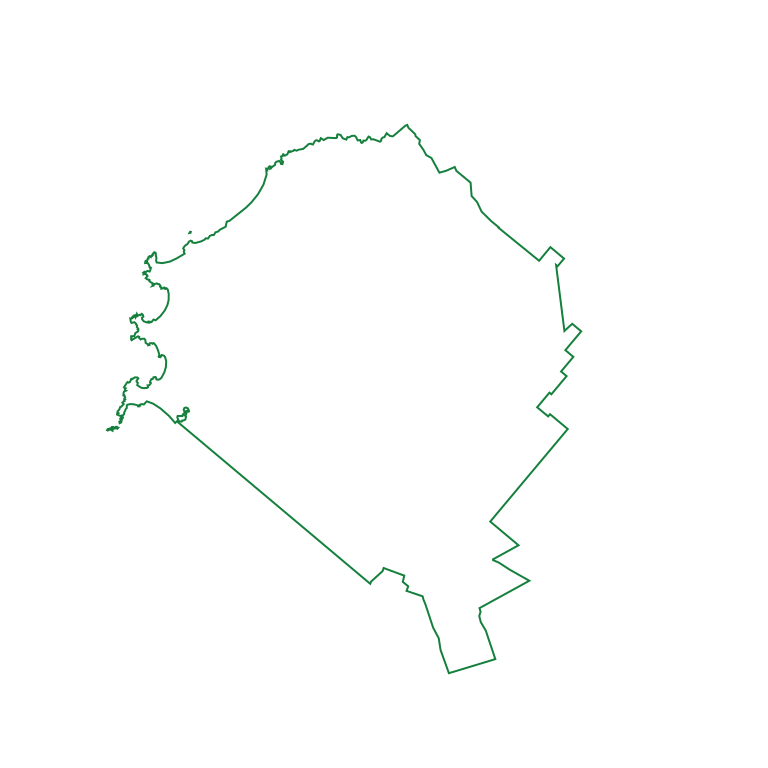 the district of Jerramungup, Western Australia, Australia, rotated 130°
{"feature_id": "25037944B23551861043119", "entity_name": "Jerramungup", "entity_type": "district", "adm_level": 2, "iso_a3": "AUS", "parent_name": "Australia", "parent_adm1": "Western Australia", "projection": "natural_earth1", "projection_center": [119.283, -34.031], "detail": "fine", "context": "isolated", "style": "outline", "palette": "green", "viewbox_px": 768, "rotation_deg": 130, "n_neighbors": 0, "source": "geoboundaries", "source_scale": "gbopen_adm2", "svg_char_len": 6171}
<svg xmlns="http://www.w3.org/2000/svg" viewBox="0 0 768 768"><g transform="rotate(130 384 384)"><path d="M295.9,611.6L299.1,608.5L308.7,604.5L319.7,602.5L330.0,602.3L337.7,603.1L358.5,607.3L360.7,608.8L365.3,606.4L371.3,608.9L373.9,609.1L376.1,610.6L379.3,610.1L380.5,611.7L382.7,612.6L385.7,612.3L387.0,614.2L389.1,614.3L392.7,616.0L397.4,619.3L398.8,621.8L398.0,623.0L398.5,624.3L400.3,624.9L403.4,624.5L405.1,625.2L407.8,625.3L409.3,624.9L409.7,623.0L411.4,622.4L412.3,620.5L420.9,623.5L427.9,626.7L433.9,631.5L437.0,636.2L436.2,637.7L433.3,639.7L432.7,640.9L431.0,642.4L431.1,643.2L430.4,643.3L429.8,644.0L430.3,643.8L430.6,644.4L431.2,643.8L431.3,644.3L432.2,644.8L433.2,644.7L433.6,644.0L434.4,644.5L435.1,644.0L435.6,644.6L436.6,644.2L436.7,645.7L437.9,646.1L439.2,645.0L439.8,645.6L442.4,644.3L442.4,645.5L443.4,645.7L444.9,644.7L443.9,643.6L443.0,643.5L443.8,640.6L445.1,638.7L444.8,637.6L445.5,637.7L445.5,637.0L446.7,636.3L448.5,635.8L449.4,637.9L451.2,638.4L451.9,639.6L453.6,640.0L453.7,639.1L454.5,638.7L452.7,637.6L452.9,635.8L453.2,636.0L453.6,634.5L456.1,634.6L456.1,632.8L455.0,630.9L455.1,630.3L455.9,630.2L456.1,628.9L455.5,625.5L456.6,625.3L456.8,624.4L457.7,624.4L456.6,623.7L455.4,624.3L453.0,622.7L452.8,621.2L452.0,620.3L452.4,618.7L453.2,618.3L452.9,617.7L453.5,617.1L453.3,616.0L454.0,615.8L453.0,614.8L451.4,614.5L451.2,614.0L451.9,613.0L451.7,612.5L450.6,612.4L450.4,611.7L450.7,610.2L453.6,606.6L458.2,602.9L462.9,600.6L468.7,599.2L475.6,598.9L482.0,599.9L482.8,602.0L486.0,601.9L486.9,603.5L487.6,603.0L488.2,603.5L488.5,604.1L488.0,604.8L489.3,605.3L490.4,608.3L489.9,610.9L488.7,612.0L487.1,611.6L486.0,613.3L486.0,614.7L487.7,614.8L487.7,615.3L488.6,616.0L490.5,616.6L490.2,617.2L490.6,617.4L492.7,617.1L492.0,618.1L492.6,618.0L492.5,618.7L493.2,618.8L492.2,619.5L492.6,619.8L495.5,619.4L495.5,619.9L497.0,619.7L497.1,620.2L499.0,618.1L499.5,616.7L497.1,614.9L497.3,612.4L497.8,612.0L497.9,610.7L499.2,610.0L499.6,607.9L500.6,607.8L500.5,606.8L501.9,606.2L504.7,607.2L507.9,606.1L509.9,608.4L510.4,608.1L510.2,607.6L512.4,606.5L512.7,605.5L505.6,603.1L505.2,601.8L506.2,601.1L506.3,599.0L504.8,598.4L503.4,596.7L503.7,595.2L505.7,593.0L505.4,590.4L506.0,589.6L504.9,588.7L504.2,589.5L503.2,589.5L502.0,588.1L502.0,587.2L500.8,586.9L500.7,586.0L501.4,582.8L503.6,578.5L506.3,574.5L507.7,574.4L508.0,573.7L507.2,572.5L504.7,572.9L503.7,570.7L504.0,569.1L506.6,565.4L511.2,562.0L516.1,559.8L522.3,558.5L524.6,558.9L526.1,560.0L526.8,561.3L525.7,562.7L525.5,563.6L527.1,564.9L527.7,564.4L529.1,564.5L529.7,565.3L531.9,564.9L533.2,564.3L533.1,563.2L533.5,563.0L535.8,563.0L537.0,564.2L538.1,562.7L539.3,563.0L541.6,565.3L542.9,567.5L543.5,572.3L541.3,573.4L541.2,575.1L540.4,575.6L537.7,575.8L537.5,577.0L539.0,579.1L542.3,580.1L542.1,580.5L542.7,580.9L545.6,579.9L547.0,580.4L547.3,581.7L547.8,581.8L553.6,581.1L553.8,580.2L553.4,579.2L554.4,579.3L555.2,578.2L555.0,577.4L556.9,578.3L558.0,577.9L560.0,576.5L559.4,576.0L559.9,574.9L560.3,574.9L560.7,573.6L562.1,573.5L562.2,572.3L563.5,572.7L564.0,571.8L564.6,572.3L566.5,572.4L566.7,570.5L570.4,570.7L571.1,571.3L574.1,570.3L576.0,570.6L576.8,570.0L576.9,568.8L578.1,569.5L579.0,568.9L577.9,565.2L576.4,564.5L576.1,563.7L573.9,563.8L573.3,564.5L569.1,565.7L567.8,565.6L565.5,567.4L564.5,567.0L562.4,565.4L560.1,562.1L558.7,558.9L559.2,557.9L558.8,557.3L557.9,557.0L558.0,557.6L557.1,557.9L555.0,556.6L554.1,554.8L549.8,554.6L547.5,548.4L546.4,539.5L546.6,528.4L548.1,518.9L543.8,518.5L542.3,521.0L541.1,521.5L538.1,517.8L536.7,518.5L534.0,518.2L532.4,521.0L530.6,521.5L529.3,520.6L528.7,518.5L529.9,516.3L530.5,516.6L530.6,514.9L531.1,517.7L532.8,518.3L533.6,518.0L533.6,517.6L532.1,518.0L531.9,517.2L534.9,515.9L536.1,516.4L536.3,514.7L538.9,513.3L540.8,514.1L541.6,515.1L542.9,514.8L544.2,517.0L545.7,517.9L545.9,266.1L543.6,266.9L528.3,264.8L525.2,266.0L517.8,245.3L523.5,242.4L523.4,235.4L528.0,233.7L521.8,217.9L523.6,215.5L526.3,210.4L539.1,189.7L543.6,178.6L551.4,169.7L563.8,148.4L523.2,121.9L507.5,147.5L504.2,156.8L500.5,161.9L496.3,163.7L494.3,166.8L441.3,146.2L445.4,168.1L447.0,181.2L448.8,187.2L448.2,187.8L421.1,177.3L421.1,214.2L300.4,214.3L300.4,237.4L303.3,237.4L303.4,251.7L284.3,251.7L284.3,249.2L260.6,249.2L260.6,256.4L241.5,256.4L241.5,266.8L216.9,266.8L216.9,278.5L227.4,279.9L182.2,328.7L182.2,326.7L172.2,326.7L172.2,344.5L189.9,344.4L190.7,396.8L190.2,396.8L190.3,406.6L189.2,420.1L184.8,429.6L183.7,437.7L174.1,447.1L174.2,465.6L172.3,469.3L180.8,473.5L186.5,477.4L180.4,492.9L181.5,498.7L179.3,504.3L177.4,511.4L174.1,513.3L173.8,519.2L172.6,520.6L172.0,530.0L170.6,532.7L172.5,533.7L188.2,536.3L189.0,536.9L190.2,539.2L190.2,543.2L194.7,542.4L196.1,543.4L198.0,543.5L199.7,542.5L201.0,542.9L203.3,549.4L204.9,551.1L204.0,553.2L204.4,554.9L208.4,554.3L209.6,554.7L210.8,556.2L212.5,555.6L213.7,556.0L213.7,557.0L212.4,559.0L214.3,560.8L212.8,564.3L212.7,566.1L214.7,568.2L217.5,569.3L218.4,570.7L221.0,570.0L222.3,573.6L221.1,577.4L222.5,580.0L223.4,580.0L225.2,578.5L226.4,578.7L231.5,585.4L235.9,587.0L236.3,590.4L239.4,589.5L240.0,589.8L240.3,591.9L241.2,592.8L242.8,593.1L246.0,592.4L246.6,592.8L246.9,594.5L248.5,595.9L255.8,597.0L259.4,600.0L261.4,600.9L262.3,603.2L263.7,603.3L267.4,605.6L267.5,606.0L266.5,606.1L266.9,606.7L270.2,605.7L272.4,606.5L273.4,607.5L272.6,608.3L272.8,608.9L274.9,608.5L275.9,609.1L277.2,607.3L278.4,607.1L278.6,604.2L280.8,603.2L281.6,604.2L281.3,604.7L281.0,604.1L280.7,604.8L280.6,607.7L282.9,609.3L284.6,609.4L286.1,608.3L290.0,609.3L291.5,609.2L291.9,609.4L290.1,610.2L290.7,611.5L291.8,611.8L293.4,611.0L294.7,612.7L295.5,611.0L295.9,611.6ZM589.7,562.1L591.4,562.7L591.0,563.8L591.7,564.7L592.8,564.0L592.9,564.7L594.1,564.6L594.6,563.4L594.3,561.9L593.2,562.7L591.8,562.3L589.7,560.2L589.6,559.5L588.3,559.5L588.7,560.3L588.5,561.1L589.9,561.5L589.7,562.1ZM579.8,562.0L577.6,562.3L577.3,563.6L580.2,563.8L581.0,562.0L583.1,562.5L583.9,561.3L582.4,560.6L579.8,562.0ZM596.3,566.7L597.4,566.4L597.2,565.7L594.9,564.7L593.6,565.0L596.3,566.7ZM393.4,630.1L392.5,629.4L391.7,629.8L392.1,630.4L393.4,630.1ZM489.2,618.4L490.2,618.0L490.6,617.5L489.6,617.5L489.2,618.4Z" fill="none" stroke="#15803d" stroke-width="2"/></g></svg>